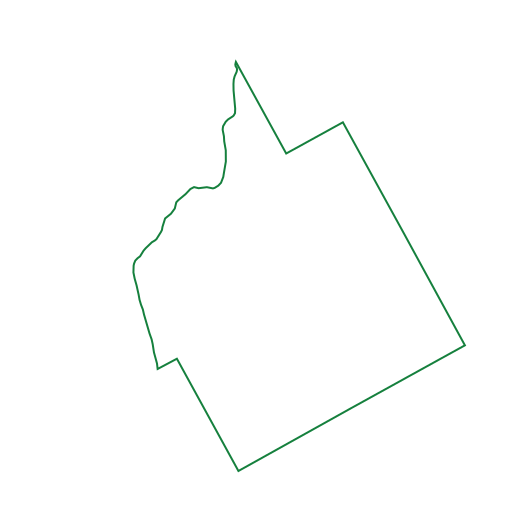 outline of Dubuque, Iowa, United States of America, rotated 241°
{"feature_id": "52423323B18401720745990", "entity_name": "Dubuque", "entity_type": "district", "adm_level": 2, "iso_a3": "USA", "parent_name": "United States of America", "parent_adm1": "Iowa", "projection": "orthographic", "projection_center": [-90.684, 42.485], "detail": "fine", "context": "isolated", "style": "outline", "palette": "green", "viewbox_px": 512, "rotation_deg": 241, "n_neighbors": 0, "source": "geoboundaries", "source_scale": "gbopen_adm2", "svg_char_len": 1086}
<svg xmlns="http://www.w3.org/2000/svg" viewBox="0 0 512 512"><g transform="rotate(241 256 256)"><path d="M203.6,396.3L330.8,396.8L331.0,332.1L435.5,332.5L435.3,332.3L433.6,330.8L432.0,330.2L429.6,330.3L428.2,329.8L426.5,328.4L423.5,324.4L421.1,322.1L417.4,319.7L411.6,316.6L394.9,309.2L391.1,306.9L389.7,304.6L389.4,303.4L389.0,297.8L388.1,294.6L385.5,290.2L384.0,289.0L382.5,288.0L376.3,286.0L371.7,283.8L363.1,280.8L353.2,275.4L344.2,268.2L341.0,265.7L337.0,260.9L335.8,257.1L335.6,252.9L336.0,251.1L340.0,246.4L343.1,238.7L346.3,235.2L346.4,231.1L344.3,224.5L342.5,215.1L341.6,212.3L336.9,208.0L334.2,202.1L332.9,194.7L326.8,188.3L324.4,186.4L323.2,184.7L319.9,178.7L319.0,177.1L318.6,175.0L318.5,171.6L316.3,163.3L315.2,160.3L311.9,154.4L311.5,151.4L310.5,148.2L308.5,145.7L306.9,144.3L301.0,140.8L295.0,138.9L288.2,137.3L279.1,134.6L274.1,132.9L269.1,131.8L264.0,131.1L259.2,129.7L239.8,125.3L233.7,124.3L229.0,122.9L221.1,120.0L210.0,117.3L204.9,115.2L204.5,137.0L76.5,136.4L76.8,265.6L76.7,331.1L76.6,395.4L203.6,396.3Z" fill="none" stroke="#15803d" stroke-width="2"/></g></svg>